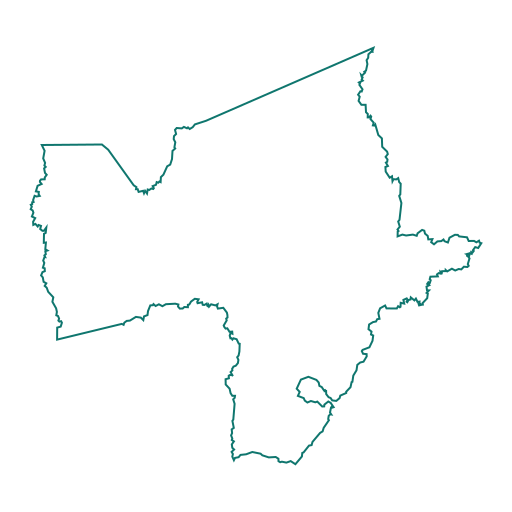 Remedios, Antioquia, Colombia
{"feature_id": "7082276B29490927626625", "entity_name": "Remedios", "entity_type": "district", "adm_level": 2, "iso_a3": "COL", "parent_name": "Colombia", "parent_adm1": "Antioquia", "projection": "mercator", "projection_center": [-74.552, 6.983], "detail": "fine", "context": "isolated", "style": "outline", "palette": "teal", "viewbox_px": 512, "rotation_deg": 0, "n_neighbors": 0, "source": "geoboundaries", "source_scale": "gbopen_adm2", "svg_char_len": 6018}
<svg xmlns="http://www.w3.org/2000/svg" viewBox="0 0 512 512"><path d="M41.8,145.0L44.6,150.8L43.2,158.4L45.1,162.9L44.4,165.5L45.7,166.9L44.1,168.4L45.0,172.9L46.7,174.8L44.8,177.4L44.7,179.3L41.1,179.4L40.0,180.7L39.9,181.9L41.6,184.0L37.6,185.8L35.9,191.4L38.8,191.9L38.6,194.2L39.7,195.9L36.5,196.5L34.6,195.8L33.1,200.1L33.6,202.0L32.2,202.3L32.2,204.2L30.8,204.8L31.8,206.7L30.7,209.2L32.7,210.5L33.4,212.7L31.9,216.5L35.2,218.1L33.1,221.8L33.3,224.9L35.4,223.9L37.7,226.5L38.6,225.0L41.0,225.9L40.2,229.0L42.4,230.8L43.9,230.8L46.3,227.5L45.7,232.9L44.0,233.8L43.8,242.8L45.9,242.5L45.3,249.2L47.4,250.5L45.3,251.2L45.8,254.2L44.4,255.4L45.2,257.1L44.5,257.0L43.2,260.6L44.3,262.9L42.9,267.7L44.7,268.3L44.8,271.2L42.5,272.1L41.1,275.4L42.8,277.4L43.6,281.8L46.3,283.3L44.7,285.9L46.7,287.7L48.2,291.8L53.3,297.3L52.4,301.8L56.1,308.3L56.9,311.9L56.3,315.3L58.0,316.0L59.1,318.6L58.4,320.6L59.4,321.6L61.1,321.2L61.9,322.7L60.7,326.6L57.2,327.6L57.1,339.6L121.8,323.9L123.6,324.8L124.3,322.7L126.7,320.9L129.9,320.6L135.9,316.9L140.8,317.6L143.3,320.1L144.0,316.4L147.5,315.1L148.0,311.1L150.3,305.4L152.9,305.2L153.5,304.1L155.6,306.0L158.9,304.3L162.4,306.2L165.9,304.2L175.3,303.7L178.4,304.5L178.0,306.5L179.8,308.6L182.7,308.5L184.3,307.0L187.9,307.2L187.9,304.8L189.3,304.5L191.0,301.6L194.8,298.8L198.6,299.3L197.2,302.0L197.6,303.2L202.1,302.3L202.7,304.8L204.3,305.0L206.7,303.6L207.3,305.8L207.9,306.2L208.5,304.9L209.1,306.6L211.1,304.3L215.4,305.4L217.5,304.3L217.0,306.2L217.9,308.6L223.3,307.8L226.9,312.6L227.4,315.0L227.5,317.5L226.2,318.6L226.7,320.4L223.7,325.5L224.4,327.1L225.6,328.6L227.3,328.3L229.5,331.8L232.2,331.6L232.4,333.7L230.6,332.9L229.7,335.6L230.4,338.3L231.5,338.2L232.4,339.6L233.5,338.3L236.6,339.2L238.7,343.6L239.7,343.8L239.4,351.5L238.6,355.5L237.2,357.2L238.4,359.9L237.9,363.1L235.8,365.7L233.5,366.6L232.1,368.9L232.4,370.4L230.6,372.1L232.9,376.1L232.0,375.0L229.6,375.1L228.7,375.8L228.9,378.3L225.6,379.2L225.7,384.5L229.6,388.7L230.6,393.2L232.3,395.8L235.0,395.8L234.7,397.8L233.2,399.3L234.6,403.8L233.3,419.6L232.4,420.9L233.8,427.9L231.7,429.4L232.1,433.1L231.1,435.4L232.3,438.5L231.8,440.0L233.9,441.4L231.8,444.4L232.3,447.8L234.1,449.5L231.6,451.9L232.9,454.0L232.3,456.6L233.9,460.2L235.0,457.9L238.6,457.2L240.5,454.9L246.1,454.3L252.3,452.0L260.6,453.7L262.3,455.3L268.8,457.4L275.7,457.0L278.4,458.7L278.5,461.2L280.2,462.2L281.9,461.7L286.4,462.6L290.7,461.1L295.4,464.2L301.9,456.5L302.3,452.9L303.6,452.4L309.0,445.6L311.6,445.1L312.5,441.9L320.1,432.9L322.6,431.4L323.7,427.8L328.9,420.2L328.2,419.1L328.7,415.9L330.3,414.2L331.2,414.4L330.0,412.5L331.0,407.6L331.7,406.7L332.0,407.7L333.6,407.2L330.7,402.9L328.3,401.5L324.4,404.6L324.2,406.4L322.2,406.5L317.3,401.6L315.3,402.3L310.9,401.0L307.4,402.5L304.8,400.6L303.7,398.1L297.9,395.9L299.7,391.9L296.7,388.7L300.9,379.6L308.4,376.8L316.4,379.9L318.7,382.5L319.4,385.9L321.7,387.0L323.9,390.3L324.8,390.1L324.8,391.2L326.1,391.0L326.2,394.1L328.6,397.2L330.6,398.0L332.2,400.4L336.3,400.9L339.6,398.1L340.3,395.6L346.2,393.0L346.2,391.7L350.5,387.2L351.6,382.1L352.4,381.8L353.3,375.6L356.5,370.3L357.3,364.9L360.2,362.5L363.5,361.7L366.7,356.4L366.6,354.1L363.1,353.8L361.8,351.1L362.6,349.9L369.4,347.3L372.5,340.8L373.2,335.5L371.0,334.5L371.5,331.6L368.5,329.2L369.1,324.5L373.0,322.1L376.0,321.5L377.2,319.2L379.5,318.8L378.3,312.9L380.1,308.3L385.1,305.5L386.5,308.4L396.8,308.5L398.1,306.2L399.8,307.3L400.5,306.8L400.7,302.8L404.2,303.6L403.4,299.9L406.7,298.4L407.6,299.8L406.6,301.7L407.3,302.2L408.5,300.0L410.5,299.5L410.8,297.4L414.4,300.4L415.9,298.6L417.5,301.9L419.5,301.6L419.3,302.9L420.9,304.4L418.7,304.1L419.1,305.4L422.8,304.5L422.6,303.1L427.2,298.2L427.8,293.6L426.6,292.9L429.0,290.4L427.0,290.3L426.5,286.6L429.2,285.2L427.2,283.9L428.3,282.3L429.3,283.6L429.8,283.1L430.7,280.2L429.7,279.2L430.4,276.7L437.8,276.4L437.0,274.4L438.7,273.1L440.6,273.6L440.4,271.7L441.8,272.8L442.1,271.2L445.7,271.1L445.7,270.0L447.2,271.4L451.9,268.7L455.2,270.5L458.7,269.0L461.3,269.4L463.9,266.7L467.4,267.0L468.7,265.8L467.8,264.1L469.5,258.4L467.6,255.9L466.4,256.0L468.3,254.9L466.7,254.1L468.9,253.5L469.5,254.7L469.9,253.3L471.5,253.8L471.3,252.1L472.5,252.6L473.7,251.0L472.9,250.3L475.2,247.1L478.2,248.0L481.3,243.2L479.7,242.7L479.0,240.7L476.4,242.3L474.0,240.9L468.7,241.0L467.0,237.3L459.1,236.4L457.8,234.9L454.9,234.8L449.5,237.7L447.9,242.5L444.5,241.2L443.5,239.5L441.3,241.1L437.4,241.4L434.0,244.3L431.2,242.2L432.4,239.1L428.3,239.4L427.7,235.9L425.0,233.6L424.3,230.7L422.1,229.9L417.6,233.3L416.7,235.8L412.9,234.6L406.1,235.5L402.4,234.6L397.6,236.4L397.7,231.6L398.5,231.0L397.5,229.5L399.8,226.7L398.2,221.5L399.5,219.8L401.4,203.0L399.2,195.9L400.3,194.4L400.7,183.7L399.2,182.1L398.2,178.1L396.3,179.4L393.5,179.2L392.5,181.2L392.0,176.3L389.7,177.7L385.7,171.6L385.4,167.0L387.9,166.0L385.9,162.6L387.2,161.8L387.5,159.5L385.6,156.9L387.8,154.1L387.1,151.6L382.2,146.8L381.9,138.4L378.3,135.0L375.3,124.6L374.6,125.6L372.9,125.4L373.7,122.7L370.5,119.1L371.2,116.6L370.5,115.7L369.0,117.4L367.7,117.4L367.8,114.0L366.0,112.2L365.6,104.8L361.4,104.8L358.6,100.9L359.7,96.7L358.1,94.7L360.4,91.3L361.7,91.5L362.5,89.3L359.4,84.9L360.2,82.6L359.2,82.8L358.9,82.5L362.8,80.6L361.7,79.5L362.6,77.4L361.7,76.9L361.2,75.0L361.9,75.7L365.0,72.7L364.3,71.8L366.0,70.6L367.4,64.1L366.6,60.2L368.2,57.8L368.4,54.3L371.0,51.9L372.5,51.8L371.7,49.5L372.8,49.9L373.5,47.8L206.0,120.8L194.9,124.4L192.7,127.2L189.7,129.0L188.0,127.4L187.0,128.3L183.9,126.9L181.8,128.4L176.7,128.0L175.0,129.9L176.1,134.0L174.0,136.1L173.7,139.1L175.3,142.3L174.4,147.3L175.2,148.5L172.5,150.9L172.0,159.1L170.2,164.6L167.2,166.3L163.4,174.7L160.9,177.1L160.6,182.1L159.4,181.5L158.3,182.7L156.7,182.1L156.0,184.8L152.7,186.1L153.8,188.2L153.2,189.0L151.4,188.5L149.2,190.0L147.7,189.5L147.0,193.5L145.1,190.8L144.0,193.3L143.1,190.8L138.6,191.9L137.7,189.2L136.0,189.2L136.4,187.1L133.7,185.3L108.2,149.7L101.9,144.5L41.8,145.0Z" fill="none" stroke="#0f766e" stroke-width="2"/></svg>